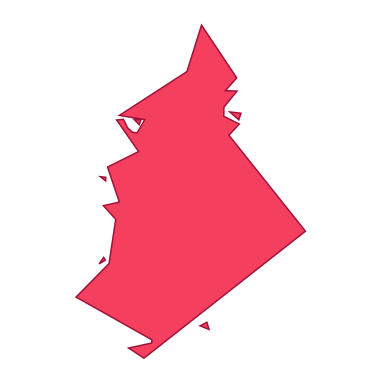 outline of Greenland, rotated 181°
{"feature_id": "GRL", "entity_name": "Greenland", "entity_type": "country or territory", "adm_level": 0, "iso_a3": "GRL", "parent_name": "North America", "parent_adm1": "", "projection": "mercator", "projection_center": [-41.68, 71.708], "detail": "coarse", "context": "isolated", "style": "filled", "palette": "rose", "viewbox_px": 384, "rotation_deg": 181, "n_neighbors": 0, "source": "natural_earth", "source_scale": "50m", "svg_char_len": 753}
<svg xmlns="http://www.w3.org/2000/svg" viewBox="0 0 384 384"><g transform="rotate(181 192 192)"><path d="M237.2,25.0L252.7,34.9L229.7,40.3L229.5,43.5L306.1,84.9L273.7,119.0L267.8,163.4L280.4,176.8L264.5,180.7L276.9,215.5L246.1,231.5L268.6,262.7L261.9,263.5L257.3,254.8L252.4,250.7L247.9,250.1L240.5,263.6L266.0,267.3L199.2,312.3L185.4,359.0L149.3,306.9L160.4,293.9L148.8,293.7L161.6,277.3L161.5,268.2L145.9,260.8L156.1,249.4L77.9,154.8L237.2,25.0ZM146.5,265.0L155.6,272.7L144.4,271.6L146.5,265.0ZM245.9,258.3L251.1,263.5L244.4,263.1L245.9,258.3ZM181.6,58.3L174.8,62.0L172.6,54.9L181.6,58.3ZM283.6,118.6L279.2,125.1L277.4,122.4L283.6,118.6ZM278.5,201.6L283.9,205.7L278.4,205.2L278.5,201.6Z" fill="#f43f5e" stroke="#9f1239" stroke-width="1.5"/></g></svg>